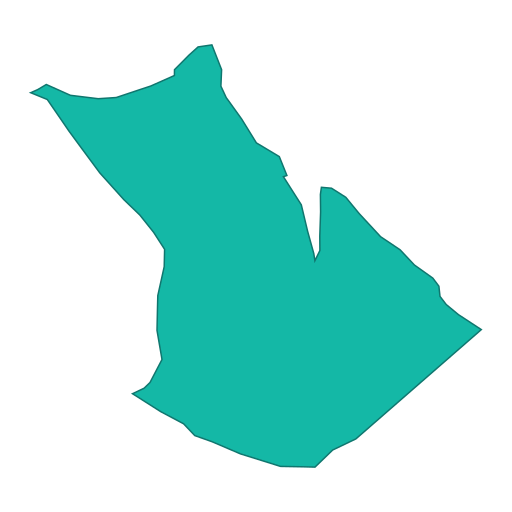 the district of Girga, Suhaj, Egypt
{"feature_id": "37247803B10377703685184", "entity_name": "Girga", "entity_type": "district", "adm_level": 2, "iso_a3": "EGY", "parent_name": "Egypt", "parent_adm1": "Suhaj", "projection": "mercator", "projection_center": [31.887, 26.348], "detail": "fine", "context": "isolated", "style": "filled", "palette": "teal", "viewbox_px": 512, "rotation_deg": 0, "n_neighbors": 0, "source": "geoboundaries", "source_scale": "gbopen_adm2", "svg_char_len": 1057}
<svg xmlns="http://www.w3.org/2000/svg" viewBox="0 0 512 512"><path d="M481.3,329.6L458.4,314.6L446.2,304.5L440.0,296.4L438.9,286.2L432.8,278.1L414.4,265.0L400.1,249.8L380.6,236.7L359.1,213.5L345.8,197.3L331.5,188.2L321.4,187.3L320.4,194.4L320.6,211.8L319.8,236.2L319.9,250.5L314.9,260.7L313.8,253.6L307.6,231.2L301.3,204.8L283.4,176.7L286.9,175.5L279.3,156.6L256.4,142.9L241.7,119.1L228.7,101.0L226.7,98.3L226.5,98.0L226.3,97.8L222.4,89.4L220.9,86.2L221.6,69.7L211.9,44.9L200.2,46.6L199.1,46.8L198.1,46.9L188.9,55.2L174.5,69.7L174.4,75.5L150.8,86.0L139.6,89.7L116.3,97.5L110.6,97.9L98.2,98.7L86.7,97.3L70.4,95.3L46.3,84.5L37.7,89.6L30.7,92.7L47.3,99.5L63.3,122.8L68.9,131.0L82.2,149.1L99.8,172.9L123.9,199.7L139.8,215.0L143.8,220.0L153.6,232.3L164.6,249.3L164.2,266.7L157.8,295.6L157.5,307.2L157.0,330.4L162.0,359.5L156.0,371.0L150.0,382.5L144.1,388.2L132.5,393.7L160.8,411.7L183.6,423.8L194.8,435.6L212.0,441.7L240.5,453.9L280.5,466.4L303.5,466.8L315.0,467.1L332.7,450.0L355.9,438.9L481.3,329.6Z" fill="#14b8a6" stroke="#0f766e" stroke-width="1.5"/></svg>